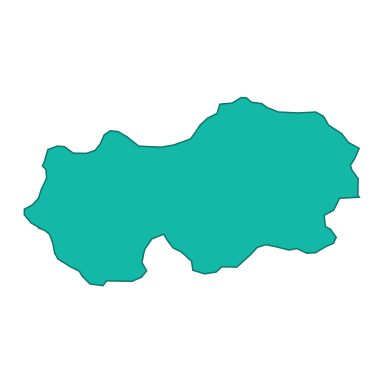 outline of Tingsryd, Kronoberg, Sweden, rotated 181°
{"feature_id": "70781695B44136897167596", "entity_name": "Tingsryd", "entity_type": "district", "adm_level": 2, "iso_a3": "SWE", "parent_name": "Sweden", "parent_adm1": "Kronoberg", "projection": "natural_earth1", "projection_center": [15.01, 56.562], "detail": "fine", "context": "isolated", "style": "filled", "palette": "teal", "viewbox_px": 384, "rotation_deg": 181, "n_neighbors": 0, "source": "geoboundaries", "source_scale": "gbopen_adm2", "svg_char_len": 1400}
<svg xmlns="http://www.w3.org/2000/svg" viewBox="0 0 384 384"><g transform="rotate(181 192 192)"><path d="M68.7,273.6L69.6,274.1L87.1,272.9L107.1,273.5L118.5,277.8L123.7,281.6L134.2,282.8L139.4,287.2L144.7,287.2L153.4,281.6L165.7,280.3L165.7,280.2L168.3,271.0L177.9,266.0L184.9,259.2L190.1,251.1L194.5,244.9L211.1,238.7L223.3,236.3L246.0,236.9L258.2,246.2L266.9,251.1L274.8,251.8L280.9,247.4L284.4,238.7L289.6,231.9L298.3,228.8L311.4,228.8L320.2,235.0L327.2,235.6L336.8,231.9L338.5,225.7L340.2,219.5L342.0,215.4L338.5,212.1L337.6,203.4L342.8,191.7L345.4,183.0L351.5,176.2L359.3,171.9L359.3,166.3L352.3,158.3L343.6,153.4L344.1,153.1L338.9,151.2L333.8,147.4L330.3,138.6L328.2,128.4L324.8,122.6L311.7,114.8L303.4,110.9L300.0,105.6L292.4,98.3L279.3,96.8L275.9,101.7L262.1,101.7L256.3,101.7L250.4,101.7L240.8,106.1L236.0,112.4L240.8,120.6L239.4,128.9L238.0,134.3L231.2,144.5L219.5,149.3L215.3,142.5L209.8,135.7L201.5,131.8L196.0,127.0L191.2,122.6L189.8,113.8L178.1,110.4L166.4,112.4L160.9,117.7L145.8,117.7L132.0,130.8L125.8,137.7L117.5,140.6L108.6,139.1L94.1,135.7L85.9,137.2L76.2,132.8L67.0,133.5L65.4,134.8L56.9,139.9L49.6,143.2L47.0,149.2L52.9,157.1L58.1,159.9L59.4,171.1L50.2,176.2L44.3,188.3L24.7,189.7L26.1,191.5L26.1,208.3L32.4,216.5L34.1,221.4L30.1,227.9L25.6,238.5L29.5,240.6L36.5,244.3L43.4,253.0L56.5,261.1L61.7,269.8L68.7,273.6Z" fill="#14b8a6" stroke="#0f766e" stroke-width="1.5"/></g></svg>